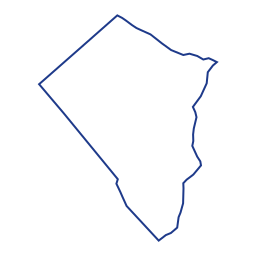 outline of Timbaúba dos Batistas, Rio Grande do Norte, Brazil
{"feature_id": "56859067B13745413884516", "entity_name": "Timbaúba dos Batistas", "entity_type": "district", "adm_level": 2, "iso_a3": "BRA", "parent_name": "Brazil", "parent_adm1": "Rio Grande do Norte", "projection": "mercator", "projection_center": [-37.223, -6.487], "detail": "fine", "context": "isolated", "style": "outline", "palette": "blue", "viewbox_px": 256, "rotation_deg": 0, "n_neighbors": 0, "source": "geoboundaries", "source_scale": "gbopen_adm2", "svg_char_len": 701}
<svg xmlns="http://www.w3.org/2000/svg" viewBox="0 0 256 256"><path d="M216.9,62.1L212.9,60.1L208.7,58.2L203.3,59.5L197.3,56.0L189.5,53.7L183.3,55.0L171.2,50.1L161.8,43.3L150.5,34.4L141.4,30.3L136.4,28.0L131.9,25.0L125.6,20.3L122.1,17.9L117.3,15.4L79.4,48.8L39.1,84.2L63.6,113.1L117.8,179.2L116.4,183.7L120.3,191.9L122.4,196.7L126.6,206.0L158.7,240.6L165.8,235.1L170.9,233.0L177.2,227.6L178.6,217.2L180.5,212.6L183.1,203.3L183.5,188.3L183.3,183.2L186.6,179.7L193.3,174.6L201.0,165.4L200.3,161.4L197.2,156.6L192.3,145.9L193.3,141.0L193.1,134.5L193.8,128.5L196.5,117.2L195.3,112.2L192.9,106.9L200.8,96.2L206.7,83.3L207.8,72.2L212.9,65.5L216.9,62.1Z" fill="none" stroke="#1e3a8a" stroke-width="2"/></svg>